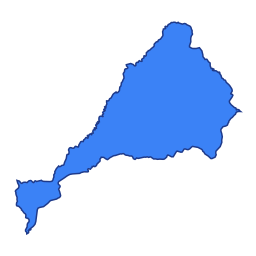 Calarca, Quindío, Colombia
{"feature_id": "7082276B90066028966732", "entity_name": "Calarca", "entity_type": "district", "adm_level": 2, "iso_a3": "COL", "parent_name": "Colombia", "parent_adm1": "Quindío", "projection": "albers", "projection_center": [-75.682, 4.454], "detail": "fine", "context": "isolated", "style": "filled", "palette": "blue", "viewbox_px": 256, "rotation_deg": 0, "n_neighbors": 0, "source": "geoboundaries", "source_scale": "gbopen_adm2", "svg_char_len": 5755}
<svg xmlns="http://www.w3.org/2000/svg" viewBox="0 0 256 256"><path d="M216.2,154.9L215.8,153.5L215.8,151.9L216.0,151.1L220.2,146.6L221.8,142.4L221.7,140.0L222.3,136.8L221.7,133.5L220.9,131.0L220.9,129.5L221.1,129.1L223.0,126.7L225.8,126.0L227.4,125.1L228.1,123.1L228.7,122.3L228.8,121.3L229.5,120.3L230.8,118.5L232.4,117.3L234.3,115.1L235.4,114.3L236.2,112.4L236.9,111.9L238.8,111.4L240.6,111.5L239.6,110.7L239.1,109.9L238.7,109.8L237.7,109.4L236.6,109.9L236.3,109.8L236.1,108.5L235.7,107.9L234.5,107.6L233.1,106.4L231.1,104.7L229.6,102.7L229.3,101.1L232.1,97.0L232.9,95.2L232.3,94.4L231.1,94.1L230.8,93.6L232.2,91.1L232.1,89.9L231.7,88.7L229.7,85.6L228.6,84.4L226.3,82.4L225.4,80.3L223.8,79.8L223.1,78.7L221.7,77.9L221.0,75.4L219.1,72.8L219.3,72.6L219.8,72.9L219.7,72.4L219.3,72.1L218.3,72.2L217.6,72.0L216.5,71.0L215.9,70.8L213.3,70.6L212.6,70.4L212.6,70.0L213.9,69.8L213.9,69.2L212.5,68.5L211.2,68.5L210.2,65.9L210.1,63.0L208.5,61.8L207.0,59.4L206.3,59.2L205.0,59.5L204.4,58.4L203.4,57.3L202.9,56.4L202.9,55.1L201.9,50.9L199.4,47.7L196.2,48.5L192.8,48.5L191.6,48.2L189.5,46.9L189.5,45.7L190.8,41.9L190.7,38.8L191.0,37.0L191.5,35.6L192.4,34.5L192.5,33.9L192.1,32.9L192.1,30.5L191.4,29.1L191.2,28.1L190.6,26.8L189.9,26.1L186.8,24.7L186.1,24.0L185.4,23.7L184.5,23.5L182.3,24.1L178.6,22.9L178.1,22.3L177.5,22.8L176.6,23.0L175.2,22.3L173.9,22.2L172.2,22.6L171.3,22.5L170.2,23.6L168.2,24.6L167.3,26.6L165.5,26.3L165.1,26.6L165.0,27.2L165.6,28.0L165.6,28.4L165.2,28.7L163.4,29.0L163.2,30.1L162.6,31.7L162.9,34.4L162.9,35.5L162.7,36.0L160.5,39.1L158.7,39.9L158.2,40.4L157.8,41.6L156.3,41.9L154.3,44.0L154.1,44.7L154.2,45.8L153.8,46.6L151.4,48.5L149.9,50.0L148.8,50.6L148.3,50.6L148.0,51.3L146.4,52.6L146.2,55.6L145.5,56.1L144.4,55.8L143.9,56.0L143.9,57.8L141.7,59.3L142.0,60.8L141.9,61.3L141.4,61.4L139.9,61.1L139.3,60.7L138.4,61.5L138.2,62.4L136.8,62.4L135.9,63.3L135.8,65.5L135.5,65.8L134.4,65.8L133.4,64.6L130.7,63.5L126.3,64.7L126.5,65.9L127.7,67.1L127.8,67.9L126.8,68.7L125.3,68.9L124.7,69.7L124.5,71.5L124.1,72.3L123.4,73.3L123.2,74.0L123.8,76.1L124.0,78.1L122.8,80.4L122.5,81.5L121.2,83.1L121.4,83.8L120.8,86.2L119.8,87.1L119.4,90.7L117.7,92.6L116.3,92.8L116.0,92.0L113.5,93.8L112.8,94.7L111.2,97.8L109.6,98.8L108.8,100.6L108.1,100.9L106.6,100.9L106.6,102.5L106.9,104.0L106.3,105.0L106.0,106.3L104.9,106.6L104.6,106.9L104.8,107.3L105.8,107.9L103.8,109.4L104.0,110.1L105.1,110.2L105.0,110.6L104.6,111.1L103.3,111.6L102.7,112.7L103.5,113.8L102.4,114.8L102.4,115.3L103.0,116.4L102.8,116.6L101.7,116.2L100.5,116.2L99.7,116.5L99.4,116.8L99.0,117.8L98.9,119.3L99.3,121.5L98.2,121.4L97.8,121.7L98.7,122.7L98.6,123.1L97.7,123.8L96.9,123.0L96.6,123.1L96.7,124.8L96.0,124.8L95.7,125.0L95.8,125.6L96.5,126.6L96.1,127.4L96.4,128.3L96.1,128.4L94.7,127.8L94.4,127.9L94.3,128.4L95.0,129.2L95.1,129.7L94.8,129.9L94.0,129.7L93.4,129.9L92.8,131.2L93.2,133.0L91.7,133.3L91.7,134.6L91.4,134.7L90.6,133.9L90.3,133.9L89.1,134.7L88.6,136.1L88.3,136.1L87.7,135.4L87.4,135.5L87.4,135.8L88.2,137.0L88.0,138.0L87.6,138.2L86.4,137.5L85.8,137.6L84.7,139.2L83.7,139.9L83.2,141.5L81.4,141.5L80.7,141.8L78.9,144.9L78.4,146.9L77.8,147.0L75.7,146.3L75.1,146.5L74.4,147.6L73.6,148.2L72.6,148.2L70.8,147.6L69.7,147.9L69.1,148.5L68.5,150.0L69.1,151.7L68.9,153.4L68.5,154.3L67.3,154.4L66.8,155.0L66.3,158.5L64.5,162.5L63.9,164.7L63.5,165.1L61.6,165.5L60.9,166.2L60.0,166.6L59.4,166.6L58.7,166.0L56.4,168.6L54.8,171.6L54.9,173.1L53.8,174.8L53.9,177.0L53.2,178.7L53.1,179.7L51.9,181.3L50.0,181.6L43.7,181.4L42.2,181.0L41.4,180.3L41.1,180.4L36.5,181.5L35.6,180.9L35.1,180.9L34.5,181.3L33.9,182.4L33.5,182.6L32.9,182.4L31.2,180.7L30.5,180.5L29.0,180.8L27.0,182.6L25.2,182.2L23.8,182.3L23.1,182.5L22.0,183.3L21.5,183.3L20.8,182.9L19.4,181.1L17.0,180.4L17.7,183.0L18.6,184.8L19.0,185.9L18.9,186.8L18.4,188.1L16.0,190.1L15.4,191.0L15.4,191.5L15.9,192.4L15.9,193.8L16.2,195.0L17.1,197.4L17.0,199.7L17.4,201.3L16.6,202.9L16.4,205.0L16.9,205.9L18.7,206.3L20.6,208.1L21.4,209.0L21.5,210.0L22.0,210.2L24.1,213.0L25.4,213.9L25.9,215.0L25.7,217.6L26.4,218.0L27.9,218.3L28.1,218.7L28.8,219.2L29.0,219.5L29.1,220.5L29.0,221.8L28.2,222.5L27.3,224.1L27.1,226.9L25.5,230.0L25.6,231.2L26.7,232.3L26.8,233.8L28.4,232.9L28.7,232.2L28.7,230.6L29.1,229.7L30.1,229.1L29.0,230.1L29.5,230.1L30.2,229.5L30.6,229.8L30.9,229.2L30.5,228.7L30.3,228.7L33.3,226.3L35.0,224.2L35.8,221.5L37.3,209.8L38.0,208.2L39.5,207.5L43.6,206.6L47.7,203.4L50.4,200.6L56.7,199.0L57.8,198.2L59.3,197.6L60.3,196.6L60.6,195.7L60.5,195.0L59.6,191.6L58.6,189.1L60.0,186.9L60.1,186.2L59.8,185.5L58.6,184.5L58.2,183.6L58.2,182.6L58.8,181.5L64.7,177.6L66.6,176.2L68.6,175.0L70.2,174.3L72.6,173.9L79.6,173.4L80.6,172.9L80.9,172.6L84.1,171.8L87.3,171.9L88.3,171.6L88.4,170.9L87.7,169.6L88.2,168.8L88.7,168.7L90.4,169.2L91.1,168.2L92.0,167.5L92.2,166.5L92.9,166.6L93.8,166.1L94.5,166.6L95.0,166.6L96.4,165.6L97.0,164.0L97.9,163.4L98.1,162.8L99.8,161.5L100.1,160.8L99.9,159.1L100.7,158.3L101.2,157.2L103.8,157.4L105.8,158.9L106.5,159.1L107.2,159.6L107.6,159.6L110.1,157.6L113.7,155.7L115.3,155.5L120.3,153.9L121.6,154.0L123.0,153.6L123.7,153.7L125.1,154.8L126.1,155.2L128.0,155.4L129.6,156.0L131.4,156.0L132.0,156.2L132.8,157.2L133.4,158.7L135.0,159.4L135.6,159.0L136.5,158.0L138.3,158.4L144.2,157.1L145.9,157.2L147.2,156.8L148.7,157.4L150.2,156.9L150.8,157.0L153.7,159.0L155.4,158.9L157.6,159.3L159.8,159.1L163.1,159.3L164.5,159.0L166.6,157.2L167.2,155.6L167.7,155.1L168.6,155.2L171.5,156.8L173.2,156.8L176.2,151.9L177.1,151.1L180.9,152.2L182.2,152.0L184.0,149.2L185.0,148.9L187.3,149.6L188.3,149.6L189.8,148.8L191.7,146.9L192.6,146.4L198.0,147.4L201.8,149.4L202.4,150.1L202.8,151.3L203.9,152.1L204.9,153.9L208.3,156.1L210.8,158.5L211.9,158.6L214.8,157.3L215.4,156.8L215.6,155.8L216.2,154.9Z" fill="#3b82f6" stroke="#1e3a8a" stroke-width="1.5"/></svg>